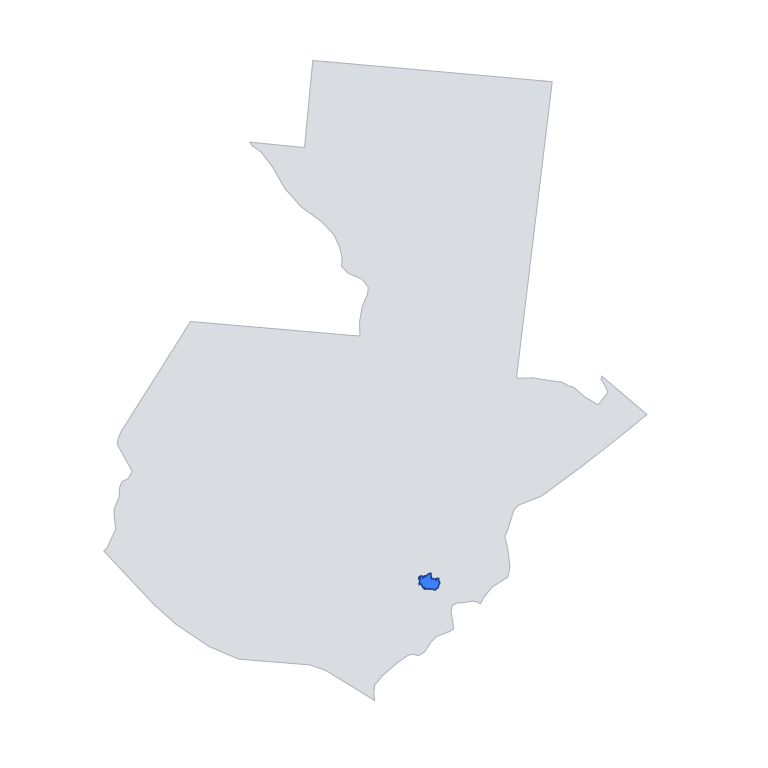 San Manuel Chaparrón, Jalapa, Guatemala (highlighted), rotated 5°
{"feature_id": "79465075B10388039742951", "entity_name": "San Manuel Chaparrón", "entity_type": "district", "adm_level": 2, "iso_a3": "GTM", "parent_name": "Guatemala", "parent_adm1": "Jalapa", "projection": "natural_earth1", "projection_center": [-89.778, 14.534], "detail": "fine", "context": "in_parent", "style": "filled", "palette": "blue", "viewbox_px": 768, "rotation_deg": 5, "n_neighbors": 0, "source": "geoboundaries", "source_scale": "gbopen_adm2", "svg_char_len": 4064}
<svg xmlns="http://www.w3.org/2000/svg" viewBox="0 0 768 768"><g transform="rotate(5 384 384)"><path d="M119.4,574.8L122.8,570.8L125.8,561.7L129.4,552.3L127.2,541.4L125.9,532.5L130.0,519.7L129.7,510.0L131.6,504.1L137.6,500.3L140.8,492.9L123.7,467.6L123.8,461.8L126.1,454.7L140.0,427.6L156.6,395.5L174.8,360.0L185.8,338.6L225.7,338.6L252.1,338.5L285.7,338.5L322.1,338.5L346.0,338.5L355.9,338.2L354.2,324.3L355.5,309.0L359.9,295.0L359.9,288.9L352.8,281.4L339.0,277.0L331.3,270.3L331.3,261.9L327.9,251.7L321.3,239.8L307.4,227.5L286.4,215.0L268.5,198.2L253.7,177.1L241.2,163.5L231.6,157.9L229.4,154.8L257.5,155.1L284.2,155.4L284.4,125.1L284.6,98.3L284.9,67.9L333.1,68.0L390.8,68.0L450.6,68.1L497.6,68.2L525.2,68.2L524.0,105.8L522.6,149.4L521.5,181.4L520.1,224.1L518.7,267.8L516.7,327.4L515.5,365.8L516.1,366.7L531.8,364.9L555.1,366.6L560.8,366.4L567.9,369.8L573.4,370.8L585.2,379.5L599.1,386.0L608.0,372.8L603.3,364.8L599.8,360.7L600.3,357.2L648.6,391.5L643.0,396.8L630.7,409.0L608.5,429.9L588.5,448.6L569.3,465.5L552.1,480.8L550.0,482.3L528.1,493.2L524.4,498.2L519.7,519.8L517.6,525.2L521.6,537.1L525.5,555.6L524.3,565.3L509.1,577.2L502.1,587.9L499.1,594.8L496.3,593.0L491.6,592.5L480.8,595.2L475.5,595.8L471.2,598.9L470.7,605.5L473.6,616.3L474.7,621.9L471.6,624.5L458.3,631.0L453.0,637.4L447.9,647.3L442.1,651.5L436.0,650.7L431.6,652.2L422.4,659.7L408.4,674.1L400.9,684.8L400.8,692.9L402.2,700.1L351.4,674.6L334.5,670.3L263.2,670.8L232.6,660.8L197.8,641.5L174.2,623.9L119.4,574.8Z" fill="#d9dde1" stroke="#a8b0b8" stroke-width="1"/><path d="M456.9,577.1L456.8,576.8L456.4,576.3L456.4,576.0L456.2,575.8L455.9,575.7L455.7,575.3L455.5,574.2L455.5,573.8L455.4,573.5L455.2,573.3L455.3,572.9L454.9,572.9L454.7,573.1L454.4,572.9L454.1,572.9L453.7,573.1L453.2,573.1L453.0,573.3L453.1,574.7L453.1,574.8L452.7,574.9L452.3,574.4L451.5,573.9L451.0,573.8L450.4,573.8L450.1,573.6L449.6,573.5L448.3,574.0L448.1,573.8L447.9,573.3L448.0,571.6L447.9,571.4L447.6,571.0L447.6,570.9L447.3,570.5L447.4,569.7L447.5,569.1L447.4,568.9L447.3,568.7L447.2,568.5L446.7,568.5L446.1,568.6L445.6,568.8L445.2,569.1L445.1,569.3L444.8,569.7L444.6,569.8L444.3,569.9L444.0,570.1L443.3,571.0L443.1,571.0L442.8,571.2L442.1,572.0L441.9,572.0L441.5,571.7L441.3,571.6L441.0,571.5L440.8,571.7L440.5,572.0L440.5,573.0L440.5,573.3L440.3,573.5L440.0,573.7L439.4,573.6L439.0,573.1L439.0,572.8L438.8,572.5L438.8,572.2L438.2,571.9L437.7,571.8L437.3,572.2L437.1,572.3L436.8,572.7L436.4,572.7L436.0,573.0L435.7,573.3L435.6,574.2L435.6,574.3L435.4,574.6L435.4,574.9L435.5,575.0L435.6,574.9L435.9,574.5L436.3,574.4L436.6,574.4L436.9,574.7L437.0,574.8L437.0,575.1L436.7,575.6L436.6,575.9L436.6,576.8L436.6,577.3L436.6,577.5L436.7,577.9L436.7,578.4L436.6,578.9L436.4,579.3L436.3,579.5L436.4,580.1L436.5,579.9L436.8,579.8L437.0,579.9L437.0,580.0L437.3,580.2L437.4,580.3L437.5,580.3L437.8,580.2L438.0,580.1L438.2,579.9L438.3,579.9L438.5,579.9L438.5,580.0L438.3,580.3L438.3,580.5L438.5,580.8L438.8,580.9L439.0,581.0L439.2,581.3L439.3,581.4L439.3,581.5L439.6,581.7L439.7,581.9L439.9,582.0L440.0,582.1L440.1,582.4L440.1,582.6L440.1,582.8L440.1,583.0L440.3,583.2L440.4,583.3L440.5,583.3L440.8,583.3L441.0,583.3L441.2,583.5L441.3,583.6L441.4,583.4L441.5,583.3L441.8,583.3L442.1,583.4L442.2,583.5L442.3,583.5L442.3,583.8L442.1,584.1L441.9,584.2L441.9,584.3L441.8,584.5L442.0,584.6L442.3,584.7L442.5,584.8L442.9,584.7L443.0,584.6L443.3,584.5L443.5,584.6L443.8,584.5L443.8,584.4L444.0,584.3L444.3,584.3L444.5,584.3L444.8,584.4L445.0,584.4L445.1,584.5L445.5,584.5L445.9,584.5L446.0,584.6L446.3,584.6L446.5,584.5L446.6,584.4L446.7,584.2L446.8,584.2L447.1,584.3L447.4,584.1L447.7,584.1L448.2,584.1L448.4,584.1L448.6,584.2L449.0,584.4L449.4,584.3L449.9,584.2L450.4,584.2L450.6,584.2L450.9,584.3L451.2,584.5L451.4,584.6L451.7,584.7L452.3,584.7L452.9,584.7L453.1,584.7L453.7,584.0L454.0,583.6L454.3,583.1L454.7,582.9L455.2,582.7L455.5,582.4L455.6,582.2L455.7,581.9L455.9,581.1L456.0,580.5L456.0,580.0L456.0,579.6L456.0,579.3L456.0,579.1L456.5,578.4L456.8,577.9L456.9,577.1Z" fill="#3b82f6" stroke="#1e3a8a" stroke-width="1.5"/></g></svg>